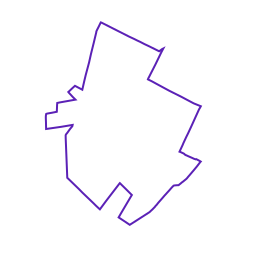 Galiciuica, Dolj, Romania (Robinson projection), rotated 295°
{"feature_id": "2599482B18051672506084", "entity_name": "Galiciuica", "entity_type": "district", "adm_level": 2, "iso_a3": "ROU", "parent_name": "Romania", "parent_adm1": "Dolj", "projection": "robinson", "projection_center": [23.4, 44.093], "detail": "fine", "context": "isolated", "style": "outline", "palette": "violet", "viewbox_px": 256, "rotation_deg": 295, "n_neighbors": 0, "source": "geoboundaries", "source_scale": "gbopen_adm2", "svg_char_len": 2072}
<svg xmlns="http://www.w3.org/2000/svg" viewBox="0 0 256 256"><g transform="rotate(295 128 128)"><path d="M212.3,59.4L212.2,58.7L206.8,58.6L204.0,58.5L202.2,58.5L201.3,58.8L195.4,60.0L190.5,61.0L179.7,63.1L171.1,65.0L158.1,67.3L152.2,68.5L143.4,70.4L143.8,62.1L140.2,60.6L136.1,59.0L135.4,58.7L134.9,59.7L132.8,64.8L131.5,68.4L122.3,55.3L120.8,53.3L118.9,54.0L115.8,55.3L112.9,56.5L112.6,56.6L109.6,52.5L108.7,51.2L107.0,48.8L106.4,48.1L106.1,47.9L105.8,48.0L105.0,48.2L104.1,48.5L102.5,49.2L98.4,51.3L94.9,53.0L92.5,54.2L100.8,66.9L107.4,76.5L106.1,76.8L104.6,76.4L102.7,75.9L97.9,75.0L96.4,74.6L95.6,74.5L95.0,74.6L92.7,75.7L57.2,94.0L57.0,94.6L56.2,97.0L51.9,109.4L50.2,113.9L45.2,128.6L44.0,131.9L42.6,136.2L42.4,136.9L52.7,139.0L74.3,143.8L74.6,143.9L71.8,151.8L68.9,159.8L66.1,159.5L47.6,157.7L43.0,157.3L42.7,159.4L41.0,170.5L49.5,175.9L60.9,183.1L63.0,183.9L64.4,184.5L67.3,185.5L67.5,185.6L68.3,185.8L69.0,185.9L70.3,186.4L72.9,187.0L73.2,187.1L73.6,187.2L78.7,188.7L82.3,189.7L83.8,190.2L85.8,190.8L89.0,191.8L92.5,192.8L94.5,193.5L95.0,193.7L95.3,194.0L95.9,194.9L96.9,196.7L97.5,197.9L97.6,198.0L98.4,198.4L98.9,198.6L99.6,199.0L100.0,199.2L100.5,199.4L101.4,199.8L102.8,200.6L104.5,201.4L105.7,202.0L106.8,202.5L107.2,202.6L107.4,202.7L109.1,203.1L113.7,204.4L121.9,206.6L127.7,207.9L128.3,208.1L128.4,207.4L128.6,204.0L128.6,203.0L128.2,202.6L128.1,201.7L128.0,201.1L128.0,198.7L127.9,194.6L127.9,192.0L127.9,191.8L127.8,191.7L127.9,191.0L128.0,190.7L128.1,190.3L128.3,190.0L128.3,189.7L128.4,189.3L128.4,188.8L128.4,188.6L128.4,187.9L128.4,187.4L128.4,186.3L128.4,185.9L128.3,184.7L129.7,184.7L133.1,184.7L135.8,184.7L137.8,184.6L144.8,184.6L148.7,184.7L151.5,184.7L155.6,184.7L174.9,184.5L176.7,184.7L178.5,184.8L178.1,177.2L178.5,169.3L178.8,163.8L179.2,149.6L180.1,134.5L180.4,130.0L180.5,125.5L181.7,125.4L182.7,125.5L186.0,125.6L197.0,126.0L210.6,126.2L215.0,126.4L214.0,125.6L210.7,123.8L210.8,120.1L211.0,111.5L211.0,109.3L211.0,107.5L211.2,102.8L211.2,99.3L211.3,96.0L211.3,90.2L212.3,59.4Z" fill="none" stroke="#5b21b6" stroke-width="2"/></g></svg>